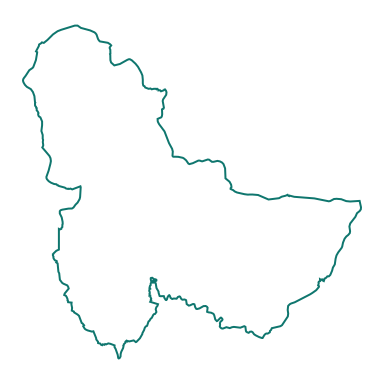 the district of Nikhom Kham Soi, Mukdahan, Thailand, rotated 180°
{"feature_id": "78962969B97747212455543", "entity_name": "Nikhom Kham Soi", "entity_type": "district", "adm_level": 2, "iso_a3": "THA", "parent_name": "Thailand", "parent_adm1": "Mukdahan", "projection": "albers", "projection_center": [104.552, 16.34], "detail": "fine", "context": "isolated", "style": "outline", "palette": "teal", "viewbox_px": 384, "rotation_deg": 180, "n_neighbors": 0, "source": "geoboundaries", "source_scale": "gbopen_adm2", "svg_char_len": 5893}
<svg xmlns="http://www.w3.org/2000/svg" viewBox="0 0 384 384"><g transform="rotate(180 192 192)"><path d="M349.0,281.8L348.7,281.4L349.0,280.6L348.9,278.3L348.0,277.2L347.8,276.1L347.3,275.9L347.3,273.6L346.3,272.6L345.5,270.9L345.9,270.1L345.7,268.9L345.2,267.7L343.6,266.6L341.9,262.5L341.9,258.8L342.6,253.0L341.3,249.0L341.3,245.3L340.9,244.1L341.2,242.0L340.8,239.3L340.8,238.3L341.7,236.5L334.6,228.1L333.5,225.8L333.1,222.9L333.6,220.2L335.4,213.3L337.6,207.1L337.5,205.8L337.0,204.7L335.3,202.8L333.0,201.3L329.9,200.0L327.5,199.7L326.6,198.7L325.9,198.7L325.1,198.0L319.2,196.4L318.0,195.5L316.2,195.1L315.7,195.3L315.1,195.0L313.5,195.4L311.8,194.6L303.6,197.7L303.3,196.8L303.9,186.9L304.4,184.9L306.4,181.4L308.5,179.3L310.5,176.5L312.0,175.5L315.5,175.4L321.9,174.3L323.5,173.7L324.2,172.8L324.2,170.5L322.3,166.6L321.4,162.2L321.3,160.0L321.6,159.5L321.7,156.9L322.4,156.3L322.7,155.1L324.0,154.6L325.1,155.1L325.1,134.4L327.7,133.2L330.4,130.6L330.8,129.6L331.1,129.6L331.1,128.5L330.5,127.3L330.6,126.3L330.3,125.4L329.1,123.7L327.3,123.0L327.2,122.6L327.8,121.6L326.4,120.6L325.6,112.3L324.8,110.7L324.1,104.2L321.9,101.2L320.6,100.3L316.7,98.6L315.8,97.1L315.3,95.4L319.3,90.5L319.8,89.0L318.1,88.2L317.3,86.9L316.4,84.7L316.5,83.5L316.0,83.1L315.9,81.8L312.4,81.4L312.6,79.7L311.9,76.1L312.2,73.4L310.1,72.4L309.9,71.6L306.5,69.5L305.0,68.2L302.3,61.0L301.5,60.6L299.9,58.7L300.8,57.8L299.3,55.3L298.3,54.5L296.4,53.6L292.1,52.4L290.6,52.7L287.9,46.0L287.7,44.5L286.0,42.3L285.9,40.9L283.7,40.4L282.8,39.1L281.7,38.8L281.1,39.7L279.6,39.2L278.9,40.0L277.9,39.6L275.7,40.6L273.7,40.2L269.4,38.6L269.5,37.0L268.4,35.1L266.3,29.2L265.8,26.1L265.4,25.6L264.5,25.8L263.5,27.4L263.3,30.2L262.7,32.3L260.9,35.9L260.5,37.8L260.7,38.3L260.3,38.7L260.2,39.7L258.6,41.3L258.6,42.3L257.4,43.4L256.8,43.1L256.6,42.5L255.9,42.9L254.6,42.6L250.3,43.6L248.2,41.9L247.6,42.1L244.1,45.7L241.7,49.9L241.6,50.8L239.9,54.0L239.3,56.0L238.3,57.5L236.9,58.2L235.5,62.5L234.5,63.3L233.4,65.2L232.2,66.2L230.8,69.0L230.1,69.8L228.9,70.1L227.6,72.0L228.3,74.8L227.7,76.7L226.5,78.2L226.0,79.8L233.8,82.2L233.2,83.4L233.2,83.9L232.8,84.0L233.1,84.7L232.8,85.5L233.6,86.9L233.7,88.4L234.5,88.4L234.3,88.9L234.6,90.1L234.2,90.7L234.3,92.1L234.8,93.1L234.5,94.7L233.7,95.2L234.1,96.0L234.5,96.1L234.4,96.7L234.0,98.2L233.4,98.7L233.3,100.6L232.6,101.7L233.3,105.0L233.2,105.9L232.9,106.1L231.6,106.2L230.4,105.0L228.2,104.6L227.6,104.1L227.6,103.4L228.1,103.0L231.1,103.2L231.7,102.4L231.8,101.6L231.1,101.3L229.7,101.6L228.3,100.8L227.5,95.9L225.5,92.5L225.4,91.2L224.4,88.0L223.6,87.8L220.2,87.9L219.5,85.9L218.3,84.1L217.6,84.0L217.1,84.6L216.5,86.6L215.5,88.3L214.8,88.8L214.3,88.4L213.4,86.1L211.8,85.0L210.1,85.5L207.4,85.3L206.1,87.0L204.6,87.6L203.9,87.3L202.8,85.2L201.7,84.3L199.3,84.5L197.9,83.8L197.3,79.9L195.2,78.4L194.1,78.6L191.3,79.9L190.4,80.0L189.6,79.7L188.7,76.6L187.7,75.1L186.8,75.0L184.5,75.6L180.5,77.9L178.3,78.0L177.0,77.2L176.4,76.3L176.9,72.2L175.7,71.7L172.9,71.3L170.6,70.2L169.8,68.8L168.7,64.5L167.2,62.9L166.6,63.1L163.4,66.3L162.8,66.3L161.8,65.3L161.5,64.6L161.8,63.7L163.5,62.3L164.1,60.8L163.9,59.6L164.2,57.4L163.5,56.4L162.4,55.6L161.2,55.4L157.6,56.8L154.2,55.9L152.0,56.8L150.1,57.1L143.7,56.3L139.8,57.8L138.6,57.2L138.1,53.2L137.8,52.4L136.8,51.7L135.3,51.2L134.0,52.3L132.4,52.4L131.4,51.8L129.9,49.7L128.2,48.6L124.8,46.9L122.1,46.0L121.4,46.0L119.6,49.0L118.5,50.1L117.6,50.5L116.3,50.4L114.2,51.7L114.0,53.1L112.9,54.1L112.2,55.8L103.6,57.8L102.0,58.8L96.2,67.5L95.8,70.4L96.3,74.1L96.0,77.0L95.8,78.2L94.2,79.8L92.9,80.5L89.3,81.7L74.0,89.6L71.6,91.1L67.8,93.8L65.2,96.9L65.0,97.8L65.9,98.6L65.3,100.4L65.5,101.6L65.2,102.3L63.9,102.9L64.0,104.8L62.9,104.1L62.2,104.6L61.5,104.6L61.3,103.5L60.2,102.9L59.3,105.5L57.9,106.2L56.6,107.7L55.1,107.7L53.7,109.1L51.9,113.3L51.1,116.4L49.2,119.6L48.4,125.3L47.5,128.6L45.8,131.6L42.4,136.1L41.8,137.4L41.0,141.3L39.4,145.3L37.7,147.5L35.8,149.0L34.2,150.9L33.9,152.8L34.6,157.5L33.8,160.5L28.6,167.2L27.0,170.8L24.3,173.0L23.2,174.6L23.0,176.7L24.4,183.1L33.8,182.5L37.8,182.9L42.8,184.8L47.4,185.2L50.0,185.0L53.7,183.0L55.2,182.7L69.6,185.6L89.8,187.2L94.5,188.4L94.8,187.9L95.8,188.3L96.4,189.2L98.3,188.3L102.3,187.3L105.0,185.8L115.5,184.5L125.9,189.0L131.8,189.5L136.5,189.4L139.5,189.8L147.0,191.5L149.2,192.5L150.9,193.9L153.4,195.0L153.4,195.8L152.5,196.9L152.9,199.4L154.5,202.3L158.5,205.6L158.9,215.6L160.5,219.9L162.0,221.5L164.1,222.6L166.6,223.1L170.4,222.2L172.1,222.2L174.9,224.3L176.2,224.5L181.6,222.7L182.6,222.8L184.2,223.4L185.7,223.4L191.2,220.8L194.6,219.9L195.6,220.4L197.9,223.7L200.0,225.5L201.2,226.2L205.9,227.2L210.7,227.3L211.2,227.6L211.5,228.2L211.2,232.5L211.9,235.2L215.0,240.9L219.5,252.6L224.8,259.7L225.9,261.7L226.3,262.9L226.4,265.1L222.7,266.7L222.1,267.9L221.8,269.8L222.0,274.6L221.5,275.1L220.6,275.2L220.1,276.3L221.3,283.0L220.9,284.6L217.8,289.2L217.5,291.7L218.0,293.3L219.0,294.6L219.7,294.4L220.2,293.7L223.0,292.7L223.9,293.7L225.6,293.6L225.6,294.3L226.9,295.2L227.6,294.7L228.2,295.2L230.2,295.2L232.3,294.7L233.5,295.5L235.4,295.2L238.8,296.5L239.5,297.8L240.5,298.2L240.8,298.7L241.2,300.7L241.2,304.3L241.6,308.5L242.9,311.6L246.0,317.2L248.5,320.3L252.2,323.7L254.0,324.7L255.0,324.8L256.6,324.2L264.1,320.0L269.7,318.6L272.9,321.5L273.6,323.8L273.7,328.8L274.0,330.0L273.6,330.3L273.7,334.3L274.3,335.7L274.3,336.6L272.8,338.6L273.8,339.7L276.1,341.2L284.1,342.6L285.1,343.6L286.0,345.1L287.5,349.5L288.6,350.9L289.6,351.7L293.9,353.6L303.1,356.1L306.4,358.4L309.2,358.4L322.8,354.2L326.4,352.8L331.0,349.6L336.6,344.0L340.2,341.1L342.1,341.6L342.8,340.8L344.9,339.5L345.2,337.9L348.0,332.6L346.8,331.8L347.0,330.3L348.1,323.9L350.7,317.0L351.5,316.0L354.7,313.8L358.5,308.0L360.2,305.8L360.8,304.7L361.0,303.2L360.5,301.6L359.1,299.2L357.2,297.2L353.2,294.9L351.1,292.0L349.6,287.9L349.0,281.8Z" fill="none" stroke="#0f766e" stroke-width="2"/></g></svg>